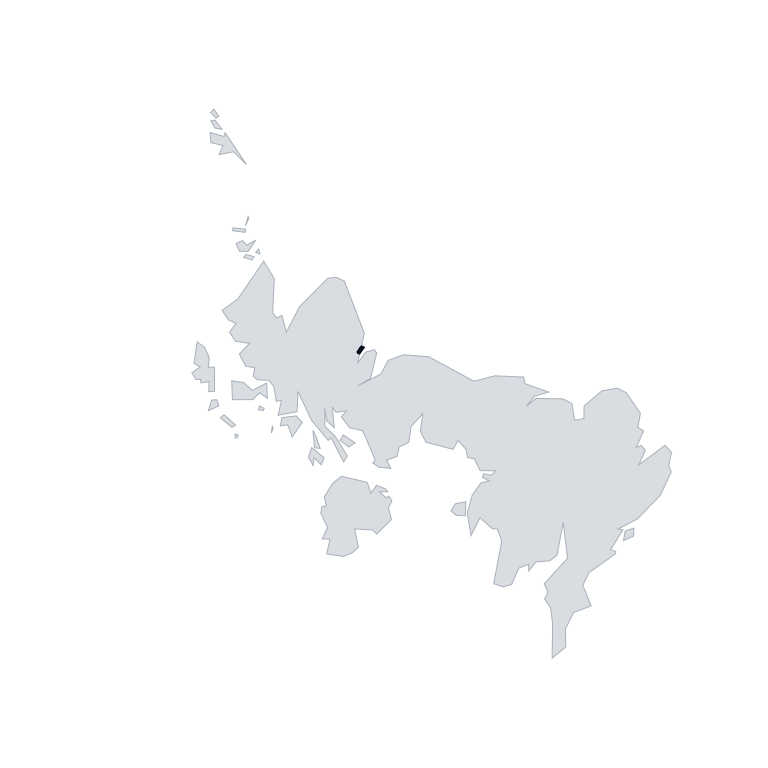 where Dundee sits in United Kingdom, rotated 314°
{"feature_id": "GBR-2020", "entity_name": "Dundee", "entity_type": "Unitary District (city)", "adm_level": 1, "iso_a3": "GBR", "parent_name": "United Kingdom", "parent_adm1": "", "projection": "mercator", "projection_center": [-2.949, 56.485], "detail": "fine", "context": "in_parent", "style": "filled", "palette": "ink", "viewbox_px": 768, "rotation_deg": 314, "n_neighbors": 0, "source": "natural_earth", "source_scale": "10m", "svg_char_len": 4032}
<svg xmlns="http://www.w3.org/2000/svg" viewBox="0 0 768 768"><g transform="rotate(314 384 384)"><path d="M409.1,609.0L381.0,627.4L372.2,626.2L361.4,616.8L350.1,618.0L354.8,613.2L345.2,608.9L328.3,615.0L321.0,610.8L316.5,601.6L352.9,577.8L358.5,566.2L355.2,562.6L354.5,546.0L335.4,551.9L349.0,533.5L365.5,524.6L379.9,522.4L387.4,527.2L385.2,519.8L388.5,518.0L393.2,524.7L398.8,524.4L388.5,513.3L393.0,501.2L389.1,495.0L393.9,488.5L394.9,476.4L385.1,479.2L371.2,454.6L375.4,442.8L389.4,432.6L372.5,432.9L359.2,442.4L349.5,438.6L340.9,443.7L331.0,438.7L328.0,447.6L320.6,438.0L319.4,430.7L323.2,430.6L335.6,401.1L328.6,389.6L330.8,376.2L338.7,375.7L330.2,369.1L331.6,362.8L318.0,378.6L317.8,368.2L325.2,358.4L312.5,370.9L312.4,385.5L306.8,407.5L299.9,409.1L308.5,383.6L304.7,383.0L307.5,357.3L318.9,327.2L303.7,340.7L288.0,329.6L301.1,321.5L296.8,318.6L305.7,306.5L306.7,298.7L299.0,289.8L298.8,284.4L306.0,279.6L300.7,272.1L305.1,259.1L319.9,259.1L311.5,247.4L314.0,236.9L324.8,235.4L322.1,227.8L324.5,216.4L343.6,219.8L388.8,212.1L383.6,231.8L358.1,254.3L356.7,260.9L362.5,262.9L353.4,277.7L380.9,269.6L420.9,270.1L427.7,275.6L430.5,284.0L406.9,334.5L380.4,350.7L394.3,348.7L402.0,353.3L401.2,357.2L378.7,370.4L364.7,366.5L389.0,374.9L403.7,370.5L418.5,377.7L434.6,397.1L448.5,446.8L466.9,458.1L486.1,479.7L482.1,485.1L492.6,508.0L480.0,500.9L467.2,501.6L479.2,503.4L497.7,523.1L500.5,532.7L490.3,546.5L498.0,551.8L507.2,543.2L530.5,545.5L543.1,554.8L546.0,564.2L541.0,588.8L529.2,596.7L530.6,603.4L513.5,609.5L518.3,611.7L518.0,617.9L502.8,623.5L535.2,628.8L534.6,638.3L523.1,645.4L520.3,651.7L495.6,660.1L463.1,660.0L442.4,653.2L445.1,657.1L422.3,662.1L424.6,667.1L422.2,668.4L390.6,662.5L377.3,666.9L368.3,687.1L351.4,679.2L334.0,684.5L321.2,697.4L303.6,695.4L328.5,672.0L338.7,659.4L340.7,649.0L348.1,646.4L351.7,638.0L386.1,637.1L409.1,609.0ZM291.7,483.5L271.0,483.0L271.1,477.2L259.3,463.5L248.9,478.9L239.7,478.3L231.5,474.3L222.0,460.9L234.8,452.9L229.7,447.1L241.5,443.1L247.2,428.3L252.4,424.6L256.3,427.1L261.3,419.5L276.7,416.1L288.1,417.5L301.6,440.3L296.3,450.3L306.0,449.0L309.7,458.3L309.2,461.6L303.1,455.5L303.6,464.9L306.8,465.5L305.2,471.1L298.0,473.1L291.7,483.5ZM285.8,229.2L281.6,240.0L274.1,246.0L278.4,250.4L261.0,267.1L256.8,263.2L264.2,256.5L257.7,251.5L260.0,248.6L256.6,245.8L258.6,238.0L268.5,240.0L266.9,233.0L284.5,220.4L285.8,229.2ZM287.6,282.1L287.9,293.7L303.2,299.0L292.7,310.0L291.2,300.6L281.7,300.5L267.4,285.9L280.6,272.2L287.6,282.1ZM444.2,84.2L450.9,97.0L454.4,95.2L446.3,132.4L446.6,114.4L434.3,105.9L443.8,102.6L437.4,91.9L444.2,84.2ZM299.6,351.8L282.0,354.8L287.8,343.1L281.8,338.5L288.9,333.9L300.1,343.1L299.6,351.8ZM347.5,518.6L356.2,524.7L345.6,534.1L339.7,527.2L339.2,520.3L347.5,518.6ZM288.1,376.1L289.4,392.0L282.3,395.0L282.4,384.9L276.2,389.7L278.8,380.6L288.1,376.1ZM388.9,182.7L388.3,188.7L398.4,191.8L385.1,194.2L379.0,187.8L382.4,179.9L388.9,182.7ZM321.6,404.1L314.2,402.3L312.9,391.5L319.0,390.1L321.6,404.1ZM453.9,663.9L447.9,669.1L437.6,665.1L445.8,659.6L453.9,663.9ZM293.3,382.9L289.9,378.3L301.3,365.1L298.9,371.7L293.3,382.9ZM252.8,271.2L256.5,274.7L253.6,280.4L242.7,276.2L252.8,271.2ZM251.4,305.8L247.1,304.8L246.1,289.7L250.8,290.2L251.4,305.8ZM454.7,90.6L450.7,84.6L453.0,76.8L456.4,79.1L454.7,90.6ZM399.4,177.1L396.6,178.7L388.9,168.3L391.4,166.9L399.4,177.1ZM385.2,202.1L381.4,202.9L377.6,194.8L381.7,195.1L385.2,202.1ZM463.5,70.6L461.8,79.2L458.6,78.3L458.8,70.7L463.5,70.6ZM409.3,171.7L401.6,174.4L410.0,170.0L409.3,171.7ZM283.2,314.8L281.0,315.5L278.1,311.6L281.7,309.7L283.2,314.8ZM394.0,200.0L391.4,204.4L389.4,200.3L394.0,200.0ZM274.9,335.1L270.4,337.0L276.5,332.7L274.9,335.1ZM245.9,314.8L243.0,315.6L241.8,314.4L244.6,311.6L245.9,314.8Z" fill="#d9dde1" stroke="#a8b0b8" stroke-width="1"/><path d="M396.5,344.3L388.8,345.4L388.7,345.2L388.4,344.4L388.0,344.1L388.1,343.3L388.5,342.5L389.5,342.3L391.6,342.0L392.9,341.6L394.4,341.5L395.7,341.6L396.0,342.2L396.1,343.0L396.4,343.9L396.5,344.3Z" fill="#0f172a" stroke="#020617" stroke-width="1.5"/></g></svg>